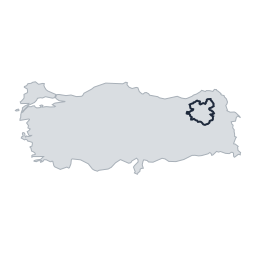 where Erzurum sits in Turkey
{"feature_id": "TUR-2299", "entity_name": "Erzurum", "entity_type": "Province", "adm_level": 1, "iso_a3": "TUR", "parent_name": "Turkey", "parent_adm1": "", "projection": "natural_earth1", "projection_center": [41.622, 40.047], "detail": "fine", "context": "in_parent", "style": "outline", "palette": "slate", "viewbox_px": 256, "rotation_deg": 0, "n_neighbors": 0, "source": "natural_earth", "source_scale": "10m", "svg_char_len": 5271}
<svg xmlns="http://www.w3.org/2000/svg" viewBox="0 0 256 256"><path d="M201.6,90.3L205.3,91.5L206.4,90.6L209.8,90.7L212.8,91.4L214.4,89.4L216.5,89.6L216.9,90.6L217.9,91.0L221.0,93.6L220.7,94.0L221.4,94.9L224.1,95.6L224.4,96.9L226.4,98.9L227.5,102.0L226.9,104.1L225.8,105.5L227.4,110.1L226.9,110.7L230.2,112.2L234.3,112.0L235.6,112.6L239.5,116.3L240.5,117.7L237.8,116.0L236.3,117.5L235.5,121.1L231.2,121.8L231.9,124.1L233.1,125.2L232.7,127.4L233.0,128.3L234.2,129.8L234.1,131.7L234.6,133.9L234.6,136.4L236.4,137.2L235.6,138.3L233.6,143.5L233.8,143.9L235.1,144.0L238.2,146.4L237.6,147.2L238.0,150.4L240.6,152.6L240.2,153.7L240.3,154.8L238.4,154.3L234.6,157.2L234.2,157.1L233.6,156.1L233.5,153.2L232.6,152.4L231.3,152.3L229.3,153.6L227.3,153.5L225.4,153.3L220.4,151.5L218.5,152.1L216.6,151.4L212.8,155.0L211.7,155.3L211.1,153.5L209.8,152.5L208.1,153.8L201.6,155.6L198.6,155.9L195.0,155.3L192.0,155.4L183.8,159.5L175.9,161.6L168.8,161.4L165.0,158.9L162.0,158.3L153.0,162.2L148.6,162.0L147.1,160.5L143.7,159.8L143.0,161.3L142.2,164.9L143.3,168.2L141.4,168.4L140.2,169.2L139.8,171.6L138.1,172.6L137.5,174.2L137.2,174.2L134.4,172.9L135.2,171.7L133.5,167.1L134.4,165.7L138.1,161.9L138.0,159.7L136.5,158.2L131.8,161.0L131.4,162.0L130.3,162.9L128.6,163.2L120.4,159.6L115.5,162.8L111.3,167.3L108.2,169.0L99.0,170.3L97.4,171.2L94.3,170.2L92.4,169.0L88.3,163.8L80.5,159.8L72.1,158.9L71.3,159.9L70.9,163.9L69.4,167.7L68.7,168.1L66.9,167.1L60.3,169.4L54.8,166.9L53.9,165.8L52.8,161.4L52.0,161.1L51.1,161.7L50.2,161.7L46.3,159.8L44.1,159.7L42.8,161.5L40.6,162.3L40.6,161.8L41.5,160.6L38.1,160.8L36.3,161.7L34.0,161.2L34.1,160.6L36.1,160.0L40.6,159.4L43.6,156.5L32.9,156.6L31.9,157.2L31.8,155.7L32.4,155.0L35.2,154.5L35.1,153.2L33.5,151.9L31.6,151.1L30.9,148.0L30.0,147.2L30.1,146.7L31.9,146.2L32.4,143.8L32.2,142.4L28.8,141.2L28.0,141.3L27.3,140.1L25.8,139.2L24.6,139.9L21.2,138.0L21.9,136.6L22.8,136.7L23.0,135.6L22.4,133.8L22.5,132.9L23.3,132.6L24.1,132.8L24.9,133.9L24.9,135.9L25.8,137.1L26.5,135.9L28.1,136.6L30.9,136.0L31.5,135.4L29.4,135.5L28.7,135.0L27.2,131.6L28.9,130.6L30.2,129.0L27.9,127.9L28.5,125.6L26.6,123.0L29.5,119.7L29.4,119.2L28.5,119.0L20.0,120.4L20.0,118.9L20.7,117.6L20.8,114.5L21.3,112.7L22.8,112.2L24.9,109.7L28.1,106.7L31.3,106.7L32.7,105.9L34.6,105.9L35.1,107.0L36.7,107.9L39.7,107.7L41.2,107.0L39.9,105.5L41.6,105.0L42.9,105.4L42.1,107.0L42.5,107.1L46.3,106.6L50.3,107.0L54.8,106.8L55.4,106.3L52.3,104.7L54.4,103.3L55.5,103.0L64.8,101.7L64.9,101.4L59.2,100.7L56.4,98.8L55.6,97.8L56.3,95.3L57.0,94.6L59.0,94.5L66.0,95.6L71.0,95.0L76.3,96.6L81.6,96.3L82.7,95.5L84.0,93.2L91.5,89.2L94.2,87.1L105.7,83.1L122.8,83.8L125.8,82.2L127.5,82.8L127.0,83.8L127.1,84.8L129.1,87.2L132.1,88.5L136.3,87.4L137.9,87.8L139.3,91.6L141.9,93.8L143.1,94.0L144.7,92.7L146.3,92.5L148.7,93.8L149.6,95.2L157.8,96.7L159.4,97.8L164.9,99.0L177.2,96.3L181.7,98.1L185.4,98.7L187.0,98.4L192.0,96.3L193.5,95.1L196.6,94.0L200.5,91.6L201.6,90.3ZM44.3,83.6L43.9,85.3L44.5,87.1L46.1,89.7L47.8,91.0L55.9,94.5L54.6,97.7L52.5,98.2L45.5,96.7L42.5,98.0L40.4,97.7L37.5,98.3L36.6,100.2L34.5,102.5L28.6,105.2L23.1,110.8L21.6,111.5L22.4,109.6L22.4,107.9L24.8,106.0L28.0,104.6L28.9,103.4L20.9,103.6L20.2,101.9L21.0,101.5L23.8,98.5L24.1,97.3L24.0,94.4L27.3,92.7L27.6,92.0L27.3,89.0L24.3,87.3L24.4,86.5L26.6,85.7L27.9,83.7L31.1,83.3L32.6,82.3L35.4,81.8L38.6,84.3L42.7,83.4L44.3,83.6ZM18.9,110.6L16.2,111.0L15.4,110.6L16.3,109.7L18.4,109.1L19.0,110.0L18.9,110.6Z" fill="#d9dde1" stroke="#a8b0b8" stroke-width="1"/><path d="M212.4,120.1L212.2,120.2L211.8,120.2L211.3,120.3L209.7,121.0L209.5,121.7L209.5,122.4L209.2,122.9L208.4,123.4L208.2,123.7L207.8,124.0L206.4,124.2L205.9,124.5L205.4,124.8L204.4,124.8L203.4,124.4L203.1,124.2L202.4,123.2L201.3,122.1L200.8,121.8L199.9,121.6L198.0,121.9L197.5,121.1L197.0,120.5L196.2,120.4L195.4,120.0L194.2,119.0L193.9,118.8L193.5,118.9L193.2,119.2L192.1,119.6L191.1,119.5L191.1,118.6L191.5,117.8L191.8,117.2L191.4,116.8L190.9,116.6L190.5,116.2L190.3,116.0L190.1,115.7L190.1,115.3L190.1,114.9L189.3,113.9L187.3,113.8L186.7,113.5L186.8,112.7L187.1,111.9L189.1,112.1L189.5,112.0L190.0,111.7L190.5,111.2L191.2,110.9L192.6,110.4L193.0,110.0L193.2,109.5L193.2,109.2L192.4,109.1L192.1,109.0L191.3,108.8L190.6,108.4L190.3,107.5L190.0,105.5L189.6,104.6L191.5,103.7L192.0,103.6L192.5,103.5L193.2,103.3L193.5,102.5L193.9,102.3L194.5,102.3L195.0,102.1L196.2,101.1L197.1,100.6L198.0,101.1L199.5,101.3L199.9,101.5L200.0,102.0L199.7,102.5L199.5,103.7L200.3,104.4L201.4,104.0L202.4,103.4L203.3,103.1L204.2,103.4L205.2,103.9L205.8,103.2L205.8,102.5L206.0,101.9L206.5,101.5L206.8,100.9L206.7,100.2L206.8,99.7L207.2,99.4L207.6,99.2L208.4,99.1L209.2,99.2L209.9,99.0L210.6,99.0L210.8,100.1L211.5,101.0L211.9,101.2L212.2,101.7L212.5,102.2L212.8,102.7L213.3,103.2L213.6,103.8L213.6,104.3L213.4,104.8L213.7,106.2L213.2,106.5L212.7,106.7L212.3,107.0L211.9,107.3L211.2,107.7L209.5,108.2L209.1,109.0L209.5,109.5L209.8,109.9L210.1,110.2L211.1,110.4L211.4,110.5L211.8,110.7L212.0,111.0L212.1,111.3L212.3,111.5L212.6,111.5L213.0,111.7L213.3,112.2L213.6,112.8L214.0,113.3L213.7,113.7L213.3,113.9L213.0,113.9L212.8,113.9L212.5,114.0L212.3,114.3L211.8,114.5L211.0,114.3L210.5,114.5L211.5,115.6L213.2,116.3L212.9,116.8L212.9,118.8L212.8,119.5L212.4,120.1Z" fill="none" stroke="#1e293b" stroke-width="2"/></svg>